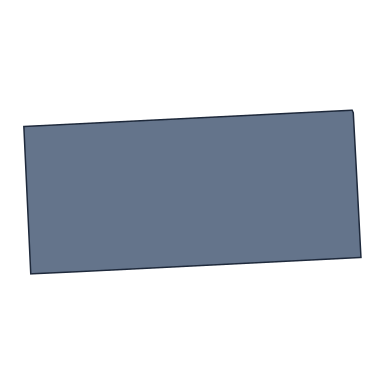 the district of Edmunds, South Dakota, United States of America, rotated 357°
{"feature_id": "52423323B63340184884182", "entity_name": "Edmunds", "entity_type": "district", "adm_level": 2, "iso_a3": "USA", "parent_name": "United States of America", "parent_adm1": "South Dakota", "projection": "natural_earth1", "projection_center": [-99.076, 45.419], "detail": "fine", "context": "isolated", "style": "filled", "palette": "slate", "viewbox_px": 384, "rotation_deg": 357, "n_neighbors": 0, "source": "geoboundaries", "source_scale": "gbopen_adm2", "svg_char_len": 264}
<svg xmlns="http://www.w3.org/2000/svg" viewBox="0 0 384 384"><g transform="rotate(357 192 192)"><path d="M357.3,266.2L357.3,192.4L357.2,121.4L356.2,118.7L27.5,117.8L26.7,265.3L72.2,265.6L357.3,266.2Z" fill="#64748b" stroke="#1e293b" stroke-width="1.5"/></g></svg>